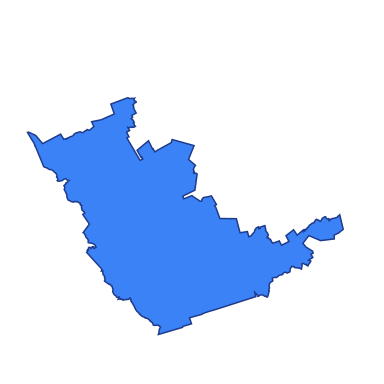 Namiquipa, Chihuahua, Mexico (Equal Earth projection), rotated 243°
{"feature_id": "50627088B12522207625024", "entity_name": "Namiquipa", "entity_type": "district", "adm_level": 2, "iso_a3": "MEX", "parent_name": "Mexico", "parent_adm1": "Chihuahua", "projection": "equal_earth", "projection_center": [-107.153, 29.163], "detail": "fine", "context": "isolated", "style": "filled", "palette": "blue", "viewbox_px": 384, "rotation_deg": 243, "n_neighbors": 0, "source": "geoboundaries", "source_scale": "gbopen_adm2", "svg_char_len": 5841}
<svg xmlns="http://www.w3.org/2000/svg" viewBox="0 0 384 384"><g transform="rotate(243 192 192)"><path d="M133.9,216.3L148.1,219.4L155.7,204.8L167.2,206.2L169.4,205.9L169.7,208.1L179.8,207.5L180.4,204.4L181.9,199.7L181.0,197.5L179.6,196.6L180.0,195.2L187.4,190.9L188.8,190.4L189.6,181.6L192.5,181.9L192.3,195.4L205.5,204.6L206.2,204.7L207.3,203.6L207.6,202.2L208.7,202.3L208.8,202.9L209.3,202.8L209.5,203.2L209.9,203.1L210.5,203.5L211.7,203.5L213.3,205.6L214.1,207.2L222.6,203.7L232.4,214.9L247.8,198.1L245.4,195.9L244.9,179.8L244.6,177.0L248.3,177.0L248.3,176.4L257.4,176.5L254.1,162.0L246.2,162.3L246.2,163.1L243.7,163.1L243.7,162.8L244.2,162.6L244.2,162.3L243.7,162.0L243.7,160.1L269.8,158.5L269.8,160.9L275.0,160.8L275.1,164.3L278.7,164.2L277.9,165.0L277.6,165.8L277.7,166.7L277.3,168.0L277.0,167.9L277.0,168.3L276.5,168.5L276.1,169.7L276.2,171.4L277.8,170.9L278.5,171.1L278.8,171.4L279.9,171.0L280.3,171.3L280.3,172.1L282.0,172.2L282.6,172.2L284.7,171.1L285.6,173.1L287.6,173.1L287.7,178.1L293.4,178.0L293.4,178.3L294.4,178.8L295.4,179.0L296.2,178.7L296.5,178.9L296.7,180.1L297.4,180.9L297.2,182.9L297.9,183.2L298.5,183.0L299.5,182.0L300.9,182.4L301.6,183.4L301.8,182.4L302.4,181.7L303.8,178.5L304.6,178.2L305.2,177.4L307.2,159.6L296.8,158.2L297.6,143.8L300.2,134.5L294.8,134.2L293.5,128.5L295.3,126.9L295.0,126.3L294.9,123.9L294.4,121.8L294.7,121.2L296.5,119.6L296.8,118.1L296.8,117.2L297.0,117.0L297.3,115.4L297.1,113.3L296.6,112.4L296.2,111.3L296.2,109.8L296.4,109.3L296.5,107.5L296.2,105.8L296.7,105.4L296.1,104.2L296.8,103.8L297.0,103.2L297.0,101.7L303.2,101.2L302.9,80.9L313.4,78.4L319.5,73.6L319.8,72.5L312.4,72.9L308.0,73.4L304.9,73.2L304.4,72.9L304.2,73.2L281.8,71.4L281.1,71.9L279.2,73.8L278.3,74.1L276.9,75.1L275.1,77.4L270.0,79.3L268.4,79.3L267.6,79.0L266.8,78.1L265.6,78.5L263.3,77.8L263.3,77.1L262.7,77.3L261.9,78.5L261.5,80.4L261.1,81.2L261.1,82.0L261.6,83.1L261.2,85.6L259.3,86.2L258.2,87.5L258.2,87.1L257.2,85.3L257.4,84.0L256.6,83.6L256.5,82.6L256.3,82.5L255.9,80.8L253.8,80.7L252.9,80.2L252.8,79.7L252.0,79.2L249.5,79.4L249.0,79.2L248.4,79.5L247.5,79.1L246.6,79.4L245.0,78.5L243.2,78.0L241.1,78.0L240.2,78.6L240.0,79.2L238.5,79.8L237.3,81.3L236.9,81.5L236.8,82.0L237.1,82.7L236.8,83.2L236.2,83.6L235.8,85.2L235.2,85.2L234.8,86.0L233.6,86.4L232.8,87.3L231.9,87.1L231.6,86.7L231.0,86.8L230.9,87.1L230.3,87.0L229.8,87.5L228.1,86.3L226.7,86.2L225.9,85.7L225.2,86.2L223.6,86.5L223.2,87.0L222.0,87.0L221.6,84.5L210.0,86.0L205.2,76.5L204.4,77.1L201.8,77.3L199.9,77.0L197.0,77.8L196.7,77.6L195.7,77.6L194.7,76.7L193.9,76.6L191.3,80.1L188.6,81.7L187.5,81.3L186.5,81.6L186.4,81.3L186.2,81.6L186.3,80.8L186.1,79.4L186.5,78.9L187.1,78.8L187.8,79.5L188.4,78.6L188.2,77.2L187.5,76.4L187.9,76.2L188.4,76.6L189.5,75.2L188.9,74.0L187.5,73.6L187.9,72.6L187.4,71.9L186.6,72.1L186.0,70.7L164.0,76.7L162.7,75.3L162.4,76.7L159.4,75.4L158.1,75.4L156.9,75.9L156.1,75.6L155.7,75.2L154.9,75.5L154.2,74.9L153.4,74.7L152.6,73.7L152.3,73.6L147.9,75.9L147.6,76.3L147.3,76.2L146.5,77.4L144.9,77.4L144.2,78.1L142.6,77.5L141.3,77.5L139.2,76.1L137.8,76.0L135.9,76.0L133.5,77.3L132.8,77.0L132.2,77.4L131.6,78.5L131.5,79.2L131.0,78.7L130.7,78.8L130.5,78.5L130.4,78.0L130.0,77.5L129.9,78.1L129.4,79.1L129.3,79.7L129.0,79.6L129.0,79.9L128.8,79.8L128.2,81.1L127.6,81.0L126.9,81.5L126.8,82.1L127.0,82.6L126.0,84.1L126.0,85.1L125.1,86.7L125.1,87.1L125.8,88.5L125.6,88.8L125.3,88.8L125.1,88.4L124.6,88.8L123.7,88.7L122.6,88.0L122.0,88.5L121.6,88.2L119.3,88.5L118.1,88.4L117.6,88.7L113.9,88.4L110.9,88.7L108.1,89.8L107.6,89.6L106.9,90.3L106.3,90.0L103.9,91.1L102.1,92.7L101.6,92.7L101.2,93.2L100.8,93.3L100.8,93.6L99.8,94.6L98.1,95.7L97.0,96.1L96.7,95.9L96.0,96.4L95.5,96.2L95.3,96.6L93.1,97.4L90.9,97.1L89.8,98.7L88.9,101.1L88.2,101.8L87.3,101.9L86.2,102.7L85.5,102.3L85.5,101.9L83.8,99.9L82.4,99.3L80.3,97.3L75.7,122.1L76.4,123.0L74.8,131.7L81.1,132.7L78.5,145.3L78.7,147.3L77.9,152.7L76.8,158.5L69.8,201.3L74.1,202.4L70.4,203.5L70.0,203.2L69.1,203.3L68.9,203.8L69.3,205.8L68.3,208.2L66.0,209.5L65.4,210.8L64.4,210.9L64.2,211.4L65.0,212.6L66.2,213.4L66.5,214.0L67.8,214.7L68.5,215.8L68.9,216.0L69.4,215.7L70.5,216.5L71.4,217.6L73.1,217.9L74.9,219.2L75.7,220.6L75.9,221.6L75.9,223.1L76.3,223.8L78.8,224.4L78.6,226.4L77.9,227.5L77.4,228.8L78.2,231.9L77.3,235.2L78.2,236.4L78.5,237.4L77.9,239.2L76.8,239.7L76.5,240.2L76.4,242.7L76.8,243.4L78.8,244.4L79.8,246.1L80.1,246.9L80.5,247.2L79.6,248.2L79.4,248.7L79.1,248.7L79.0,249.1L78.6,249.0L78.0,249.3L76.9,250.8L76.6,251.7L75.9,252.2L75.4,253.2L73.6,254.5L76.3,256.6L78.1,257.2L77.8,258.0L78.0,258.5L77.8,258.9L76.6,259.5L76.1,259.9L75.6,260.7L75.2,260.7L75.2,261.1L74.6,261.0L73.5,261.7L74.6,263.0L75.1,264.4L76.5,266.5L78.4,265.0L78.8,269.9L82.5,269.8L82.5,272.2L84.6,272.6L90.9,268.7L95.9,267.5L100.1,276.3L90.3,284.5L85.6,297.4L89.1,299.3L88.9,303.9L90.1,309.8L104.6,313.3L104.3,312.4L104.2,311.1L103.6,310.1L103.8,308.1L104.8,304.2L104.7,303.0L104.1,301.9L104.2,301.1L105.9,301.9L106.4,301.4L106.6,300.5L107.0,299.8L109.4,299.8L109.6,299.3L109.5,296.3L107.5,293.3L108.0,292.5L108.4,292.2L108.9,292.3L109.7,291.9L110.3,290.8L111.1,290.7L111.2,290.1L110.2,287.9L109.4,287.3L109.4,286.8L109.1,286.2L109.2,285.8L109.6,285.2L109.4,284.6L109.6,284.3L109.1,282.8L109.1,281.3L108.2,280.4L107.9,278.7L107.5,278.3L107.5,277.8L106.8,277.3L106.8,276.2L106.2,275.0L106.1,273.6L107.2,274.7L107.4,275.2L107.7,273.9L105.8,266.1L112.2,265.4L110.4,255.9L103.9,255.9L103.9,247.6L108.9,247.5L108.8,246.7L109.8,240.5L110.6,240.3L111.8,240.5L112.2,240.2L112.5,240.4L113.8,240.4L113.9,240.0L114.6,240.1L114.7,239.6L116.5,239.3L117.0,238.1L117.9,238.4L118.6,240.3L121.2,240.7L122.0,240.4L124.5,240.2L125.2,240.7L129.0,241.7L129.9,236.2L128.6,235.9L128.9,234.9L130.8,235.3L130.8,233.0L129.8,231.0L128.0,229.3L126.9,226.2L126.2,225.2L126.3,222.3L131.6,223.4L133.9,216.3Z" fill="#3b82f6" stroke="#1e3a8a" stroke-width="1.5"/></g></svg>